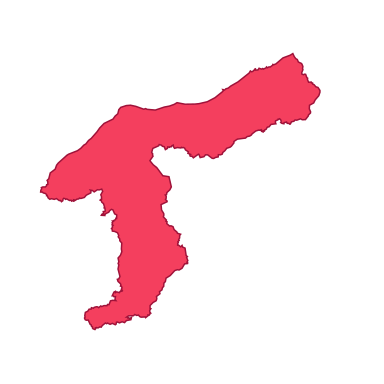 West Santo, Sanma, Vanuatu (orthographic projection), rotated 77°
{"feature_id": "77236927B51416444743643", "entity_name": "West Santo", "entity_type": "district", "adm_level": 2, "iso_a3": "VUT", "parent_name": "Vanuatu", "parent_adm1": "Sanma", "projection": "orthographic", "projection_center": [166.82, -15.308], "detail": "fine", "context": "isolated", "style": "filled", "palette": "rose", "viewbox_px": 384, "rotation_deg": 77, "n_neighbors": 0, "source": "geoboundaries", "source_scale": "gbopen_adm2", "svg_char_len": 6042}
<svg xmlns="http://www.w3.org/2000/svg" viewBox="0 0 384 384"><g transform="rotate(77 192 192)"><path d="M304.0,265.5L302.7,262.7L301.9,262.5L302.4,261.6L301.7,260.6L300.7,260.2L300.7,259.5L299.3,260.1L297.9,259.9L296.5,258.4L296.2,259.1L293.2,258.4L290.9,254.8L289.9,251.4L288.1,250.3L285.8,250.1L283.9,246.1L281.8,246.1L280.6,243.3L278.6,242.3L277.6,240.8L274.5,239.9L273.3,238.1L270.1,236.7L268.5,232.0L264.7,226.5L264.4,223.8L265.1,222.1L264.1,218.9L260.4,215.4L260.7,212.4L260.0,212.1L259.3,212.7L257.9,211.5L254.6,212.0L253.9,211.0L252.6,212.0L245.1,211.4L243.6,213.5L241.8,213.7L242.9,215.3L240.6,217.2L240.5,217.9L238.7,217.4L238.2,216.7L237.2,216.9L236.3,215.4L235.4,215.7L234.0,214.4L231.6,213.8L230.6,212.6L228.9,215.5L227.6,215.7L224.6,217.9L221.5,218.3L220.2,220.1L220.1,221.5L217.1,223.7L215.3,223.0L214.5,224.0L213.5,223.3L209.8,225.5L208.2,224.6L206.6,224.4L202.7,225.7L197.3,225.0L195.9,218.5L195.2,218.3L193.3,219.5L192.3,218.6L190.4,218.1L188.9,218.7L188.8,217.4L186.9,216.6L184.9,213.1L182.4,211.0L171.9,211.0L169.6,216.8L160.4,220.8L156.7,223.7L152.0,226.0L148.3,221.9L147.1,222.2L146.1,221.7L144.4,222.4L140.7,220.4L139.5,214.1L138.4,213.3L139.6,211.1L140.8,210.6L141.6,208.9L144.7,208.4L144.0,206.1L142.6,205.4L143.4,203.9L143.0,203.5L143.3,202.0L142.3,201.1L142.1,199.7L143.4,199.9L145.5,199.2L145.4,196.2L146.5,193.3L146.1,192.3L146.7,191.9L146.6,190.6L147.6,189.3L149.5,188.9L152.0,186.5L153.4,187.3L154.9,185.1L155.1,185.8L156.6,185.7L157.4,183.7L159.0,183.0L156.6,177.3L156.9,176.8L160.3,176.3L160.3,172.4L158.8,170.5L159.3,168.4L163.7,164.8L164.2,163.3L163.6,161.3L163.7,158.6L161.6,157.9L162.2,155.8L161.9,154.0L160.4,153.1L159.2,150.7L157.2,148.3L156.9,144.8L156.3,143.4L153.6,140.1L152.2,139.8L150.7,135.9L151.5,127.7L150.4,125.8L150.5,123.2L149.8,121.3L148.9,120.4L146.9,116.1L146.7,113.1L147.2,111.6L146.8,110.6L147.5,110.3L148.5,110.6L149.5,109.2L148.3,108.7L148.9,107.7L147.9,107.2L147.6,105.7L145.8,104.1L145.8,102.2L143.9,99.8L144.4,94.9L142.8,95.1L141.4,94.5L141.1,92.5L140.4,91.7L140.8,91.3L140.3,90.3L141.2,89.5L142.3,89.2L144.0,89.4L144.3,89.9L145.3,89.0L146.2,87.1L145.1,86.6L145.1,84.1L146.5,83.8L147.0,82.1L147.9,81.5L147.9,80.9L146.0,79.3L146.0,76.8L145.0,75.4L145.6,73.8L145.1,69.9L146.4,68.3L147.0,65.2L144.0,61.5L143.2,61.3L141.7,58.8L140.5,58.4L137.4,59.0L133.9,58.0L132.6,53.4L130.0,51.3L126.7,46.8L123.6,44.9L121.8,44.5L118.5,45.7L117.3,47.7L114.9,48.9L114.0,50.1L112.9,50.0L112.5,51.1L111.7,51.1L111.3,53.7L108.4,54.2L107.1,53.7L106.3,54.4L102.9,54.8L102.5,55.8L102.8,57.0L101.8,58.4L100.3,58.2L97.8,56.4L96.9,56.6L94.6,55.7L92.2,56.1L91.4,56.4L89.3,59.1L86.6,59.6L85.4,60.9L83.1,61.9L79.8,62.6L80.8,65.6L81.8,73.2L86.1,81.5L86.4,83.8L85.9,84.5L86.6,84.9L87.8,87.7L87.4,88.8L87.9,90.5L86.9,91.3L87.7,91.9L88.3,94.9L87.6,95.3L87.9,96.6L86.5,98.8L87.8,100.1L87.8,101.3L87.4,102.6L86.3,102.5L86.4,103.2L87.4,103.4L87.2,104.2L88.2,105.7L88.2,107.0L87.2,107.9L88.9,109.5L95.1,122.5L97.5,130.5L98.9,133.3L99.1,135.9L100.0,137.4L99.8,138.6L99.3,138.5L99.1,139.0L100.3,138.7L101.0,139.5L105.3,148.4L107.5,156.8L107.5,165.3L107.0,169.3L104.9,179.0L101.6,186.5L102.6,189.6L103.2,194.7L103.0,199.9L103.9,209.3L101.3,217.3L100.3,218.4L100.5,220.3L95.9,227.5L93.6,232.4L93.0,236.6L93.5,242.4L95.3,244.8L99.1,246.7L100.7,249.8L103.2,252.6L105.4,262.2L108.9,267.6L111.9,270.9L117.1,278.1L118.5,281.2L121.3,284.6L122.0,286.9L124.4,290.5L126.0,294.3L127.4,303.8L127.9,305.1L128.2,304.6L127.9,305.3L133.7,315.8L135.4,317.9L139.0,320.2L141.5,325.8L146.9,328.6L148.1,330.6L149.6,330.2L152.2,330.8L152.2,332.0L153.2,332.4L154.1,333.7L153.5,336.2L153.8,337.8L155.0,337.7L156.3,338.9L158.0,339.5L158.5,337.7L159.4,337.2L160.6,335.0L162.0,334.3L162.8,334.5L162.8,333.9L165.4,333.5L167.1,332.2L166.9,330.5L168.2,327.8L167.9,325.6L170.5,323.3L170.7,322.0L172.1,321.4L171.4,319.8L170.1,319.4L169.3,318.5L169.8,317.3L170.7,317.0L170.6,315.6L172.7,313.3L172.8,311.7L173.8,311.4L173.5,310.2L174.3,309.6L174.2,308.7L173.1,308.8L173.8,307.4L173.1,305.7L173.3,303.9L172.6,303.1L173.3,301.7L173.1,298.1L171.3,295.7L170.1,290.8L168.3,290.2L167.3,290.6L168.1,288.7L169.9,287.3L168.5,283.6L169.1,282.0L168.9,279.3L171.3,278.9L174.2,281.5L175.8,281.2L178.7,281.7L178.8,283.0L179.4,283.3L179.7,282.4L181.6,282.2L183.4,280.9L186.5,280.6L187.7,281.2L188.0,280.5L190.4,280.7L191.3,281.1L191.1,282.9L193.4,282.9L193.2,284.0L194.1,284.2L193.6,285.0L194.3,285.6L195.3,282.2L194.6,282.1L193.6,280.7L193.0,277.7L191.6,276.3L190.8,274.4L191.6,273.1L195.9,272.3L197.4,270.5L200.7,271.4L200.4,272.0L201.7,272.8L202.2,274.7L202.8,274.9L202.4,276.0L203.2,275.8L204.0,276.8L205.0,276.6L205.8,277.2L206.7,276.4L207.1,277.3L208.3,277.3L209.6,278.7L210.0,278.2L212.2,278.4L213.0,276.3L215.0,273.7L217.9,273.2L219.1,274.0L221.4,273.0L223.3,273.3L225.9,271.9L231.6,273.6L234.4,273.8L237.6,276.0L239.7,278.9L243.5,279.0L245.1,280.1L246.5,279.7L250.4,281.4L258.2,281.2L260.2,282.9L260.3,284.4L262.5,284.2L265.3,282.3L266.4,282.2L267.6,282.8L267.7,282.2L269.0,281.7L270.8,282.3L271.0,283.3L271.1,282.6L272.2,282.2L272.1,283.1L272.8,282.8L272.8,284.5L273.7,285.4L272.4,287.8L272.8,289.2L271.6,289.0L272.0,290.6L275.2,293.1L275.5,292.1L276.5,291.6L276.7,290.1L279.4,291.2L280.7,290.6L279.7,293.6L279.7,295.9L283.1,298.2L282.6,299.6L283.6,300.4L282.9,303.3L283.3,305.7L282.5,306.5L283.7,308.9L282.7,309.8L282.3,311.0L282.4,313.3L283.1,314.2L282.1,316.0L283.4,316.7L283.0,318.6L284.7,320.4L285.3,323.0L288.4,324.3L289.8,324.3L290.6,325.1L292.4,324.8L293.1,323.9L293.5,321.9L298.1,321.0L298.8,320.1L300.1,320.2L301.1,319.3L302.0,319.6L303.0,319.2L304.2,317.5L303.3,316.4L302.7,316.6L302.5,315.8L303.3,314.2L302.7,312.1L303.3,310.9L301.9,309.4L300.2,305.9L301.1,304.8L300.7,303.8L302.5,301.6L302.1,299.1L304.1,296.6L303.7,295.7L301.9,294.9L302.0,293.8L303.2,292.1L302.7,289.3L304.1,287.1L302.5,284.8L302.7,280.3L300.8,279.3L301.1,281.6L300.3,282.0L300.4,282.8L299.5,282.9L299.2,283.8L298.4,281.7L299.4,276.8L298.5,275.3L299.8,273.7L299.9,271.8L301.6,271.0L302.5,269.8L303.2,265.7L304.0,265.5Z" fill="#f43f5e" stroke="#9f1239" stroke-width="1.5"/></g></svg>